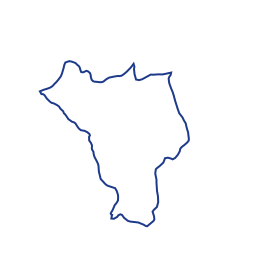 the district of Sri Aman, Sarawak, Malaysia, rotated 53°
{"feature_id": "92858781B67044495158935", "entity_name": "Sri Aman", "entity_type": "district", "adm_level": 2, "iso_a3": "MYS", "parent_name": "Malaysia", "parent_adm1": "Sarawak", "projection": "mercator", "projection_center": [111.279, 1.22], "detail": "fine", "context": "isolated", "style": "outline", "palette": "blue", "viewbox_px": 256, "rotation_deg": 53, "n_neighbors": 0, "source": "geoboundaries", "source_scale": "gbopen_adm2", "svg_char_len": 2413}
<svg xmlns="http://www.w3.org/2000/svg" viewBox="0 0 256 256"><g transform="rotate(53 128 128)"><path d="M45.7,176.3L48.8,176.7L49.9,175.5L51.5,174.9L53.0,175.0L55.7,175.1L57.2,174.9L59.9,174.5L61.9,173.9L63.2,172.8L64.8,171.9L67.2,170.8L69.6,170.1L71.4,170.4L73.5,170.1L75.5,169.7L77.7,170.3L79.4,170.0L82.5,170.1L84.9,170.3L89.2,169.0L91.0,167.7L92.8,167.2L96.1,167.5L98.7,167.6L101.3,167.0L103.3,165.2L104.2,164.3L107.0,163.0L109.5,162.4L111.0,162.9L111.7,164.5L114.6,166.5L117.4,166.6L119.9,167.1L121.1,167.9L122.0,168.8L123.3,169.6L124.9,169.8L126.4,170.0L127.4,170.7L129.3,171.6L131.2,172.2L136.1,173.0L138.8,173.6L140.7,174.5L145.3,177.5L148.4,178.8L152.2,180.5L155.2,180.2L158.7,179.9L161.0,179.4L163.0,178.2L166.3,175.9L168.3,174.5L171.5,174.9L175.5,176.3L177.7,177.8L179.9,179.7L181.0,182.4L181.6,185.0L184.1,189.3L185.0,191.4L185.8,193.2L187.1,193.5L187.9,193.0L188.4,193.7L189.4,194.9L190.3,195.8L192.0,193.9L192.5,190.0L191.9,188.3L192.3,186.1L193.8,185.1L197.4,185.2L202.3,183.9L204.4,182.2L207.2,179.2L209.7,176.6L212.3,175.1L214.4,173.8L216.9,172.8L217.7,172.1L218.0,171.8L217.6,163.6L216.9,162.0L214.3,160.4L209.6,158.7L208.9,156.5L208.5,152.5L205.5,148.6L200.8,145.3L195.9,142.8L188.7,138.1L186.5,136.4L180.7,133.6L177.7,130.6L177.5,129.6L177.4,125.2L176.9,120.6L175.5,118.3L174.4,116.7L175.7,114.0L178.2,112.1L179.9,111.2L180.0,110.6L180.3,108.3L179.4,104.4L177.8,100.8L176.0,98.7L175.5,96.5L175.5,93.3L175.2,89.3L174.6,87.1L173.1,85.8L169.4,83.7L167.2,82.4L165.2,81.8L161.6,80.3L159.0,79.1L155.7,78.8L152.2,78.1L147.2,78.2L142.6,76.8L134.7,74.0L129.8,72.0L126.5,70.8L122.2,69.7L118.6,68.6L116.2,67.7L112.9,65.7L112.0,64.3L111.4,62.2L109.7,60.2L107.4,65.3L105.8,68.5L103.6,71.2L101.2,74.9L99.0,77.8L98.5,81.2L97.6,87.3L96.4,90.4L94.1,92.4L89.0,90.4L87.8,89.7L86.5,88.9L84.6,87.8L82.9,86.0L80.1,84.9L81.4,89.4L82.3,95.2L82.5,99.3L82.3,101.8L81.4,103.6L80.2,105.0L78.6,108.1L76.4,112.7L76.0,116.2L76.1,118.3L76.1,119.9L75.4,121.7L73.9,123.6L72.2,125.3L71.0,126.7L69.7,127.7L67.6,128.0L65.2,127.1L62.9,125.8L61.3,125.3L58.8,125.8L57.3,126.8L56.9,128.9L56.4,130.5L55.2,131.7L53.0,131.1L50.8,130.2L49.1,130.0L47.0,130.5L44.6,130.8L42.9,131.8L41.1,133.0L39.3,134.6L38.6,136.7L38.0,138.6L39.3,140.9L41.4,143.4L44.8,148.0L46.3,150.5L47.0,152.8L47.7,155.4L48.2,157.7L48.5,159.9L48.9,162.0L49.1,164.0L48.8,166.2L48.0,168.9L46.7,172.4L45.7,176.3Z" fill="none" stroke="#1e3a8a" stroke-width="2"/></g></svg>